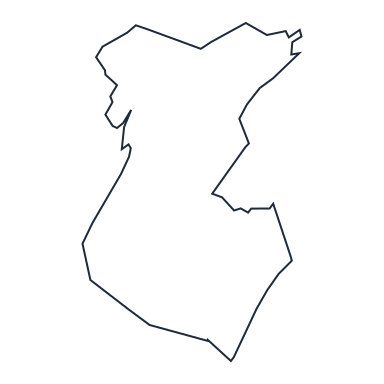 outline of Huntingdon, Pennsylvania, United States of America
{"feature_id": "52423323B28488791347792", "entity_name": "Huntingdon", "entity_type": "district", "adm_level": 2, "iso_a3": "USA", "parent_name": "United States of America", "parent_adm1": "Pennsylvania", "projection": "equal_earth", "projection_center": [-77.953, 40.403], "detail": "fine", "context": "isolated", "style": "outline", "palette": "slate", "viewbox_px": 384, "rotation_deg": 0, "n_neighbors": 0, "source": "geoboundaries", "source_scale": "gbopen_adm2", "svg_char_len": 833}
<svg xmlns="http://www.w3.org/2000/svg" viewBox="0 0 384 384"><path d="M273.2,203.7L269.6,208.5L251.2,208.6L248.1,212.6L240.7,208.4L234.1,210.5L222.0,197.3L212.2,193.7L245.4,147.1L248.9,143.5L239.3,118.8L246.9,104.5L259.7,88.1L273.3,78.1L299.2,53.2L291.3,54.5L292.3,42.2L301.5,36.5L299.7,29.9L288.8,37.4L285.7,31.1L266.9,35.0L245.8,23.0L211.3,41.9L200.8,48.8L147.6,29.3L135.8,25.3L127.3,32.6L102.5,46.7L96.1,57.2L105.0,70.3L105.4,74.6L117.0,85.2L110.3,96.4L112.5,102.1L105.4,114.6L112.7,126.0L117.0,128.0L123.1,123.1L131.2,109.9L124.1,127.1L121.8,149.2L128.5,144.4L130.8,148.2L129.0,156.8L121.0,174.0L92.5,222.9L82.5,243.7L90.4,280.0L128.7,309.5L149.6,325.0L207.7,340.9L207.8,339.9L230.9,361.0L233.8,357.2L256.6,308.7L267.2,290.2L278.7,273.8L291.8,260.7L290.8,256.8L273.2,203.7Z" fill="none" stroke="#1e293b" stroke-width="2"/></svg>